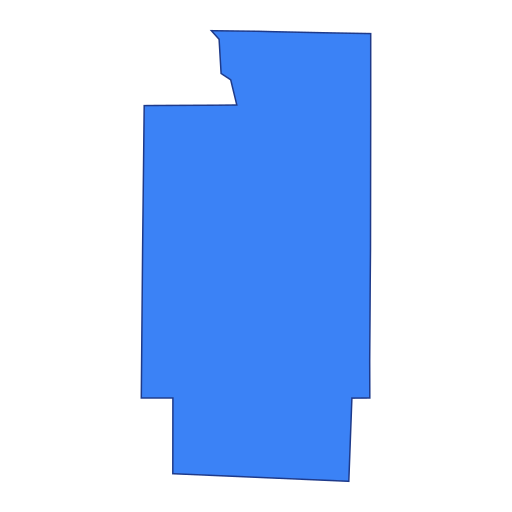 Summit, Ohio, United States of America (Equal Earth projection)
{"feature_id": "52423323B73320668116479", "entity_name": "Summit", "entity_type": "district", "adm_level": 2, "iso_a3": "USA", "parent_name": "United States of America", "parent_adm1": "Ohio", "projection": "equal_earth", "projection_center": [-81.526, 41.129], "detail": "fine", "context": "isolated", "style": "filled", "palette": "blue", "viewbox_px": 512, "rotation_deg": 0, "n_neighbors": 0, "source": "geoboundaries", "source_scale": "gbopen_adm2", "svg_char_len": 448}
<svg xmlns="http://www.w3.org/2000/svg" viewBox="0 0 512 512"><path d="M172.8,473.7L258.9,477.4L348.8,481.3L351.9,398.1L369.8,398.0L369.7,360.6L369.8,345.2L370.0,319.3L370.2,284.6L370.5,248.8L370.7,106.1L370.7,33.6L325.5,32.8L273.5,31.7L259.0,31.3L211.4,30.7L219.1,39.3L221.1,73.5L230.7,79.8L236.8,105.0L217.2,105.2L155.4,105.5L144.2,105.6L142.6,248.6L141.3,398.0L172.9,398.0L172.8,473.7Z" fill="#3b82f6" stroke="#1e3a8a" stroke-width="1.5"/></svg>